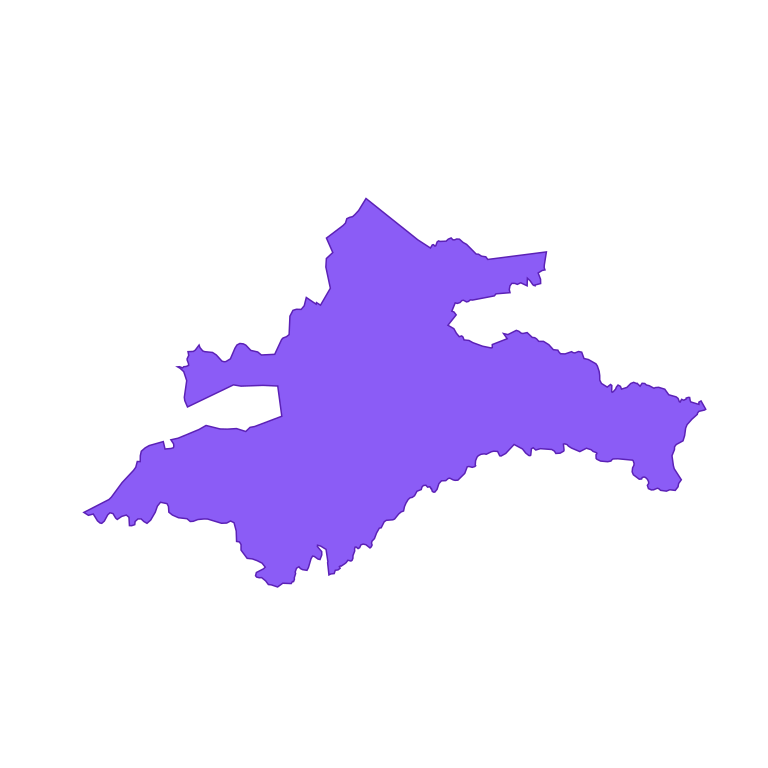 the district of Banderilla, Veracruz, Mexico, rotated 352°
{"feature_id": "50627088B79728757861785", "entity_name": "Banderilla", "entity_type": "district", "adm_level": 2, "iso_a3": "MEX", "parent_name": "Mexico", "parent_adm1": "Veracruz", "projection": "natural_earth1", "projection_center": [-96.939, 19.59], "detail": "fine", "context": "isolated", "style": "filled", "palette": "violet", "viewbox_px": 768, "rotation_deg": 352, "n_neighbors": 0, "source": "geoboundaries", "source_scale": "gbopen_adm2", "svg_char_len": 6158}
<svg xmlns="http://www.w3.org/2000/svg" viewBox="0 0 768 768"><g transform="rotate(352 384 384)"><path d="M699.1,453.8L695.6,444.9L693.3,445.8L693.0,448.0L692.3,447.7L685.4,444.5L684.9,443.2L684.8,439.9L683.6,439.6L681.3,440.0L681.1,440.9L678.6,441.8L676.6,440.6L674.7,443.1L674.0,442.6L673.2,439.2L671.5,437.4L664.5,434.3L661.3,428.2L655.5,425.5L652.1,425.3L650.8,425.8L646.3,422.5L643.7,421.5L642.3,419.8L639.7,419.2L637.3,421.8L634.7,418.5L634.2,418.7L631.5,417.1L628.5,417.8L624.0,421.2L618.5,422.1L617.8,419.2L615.6,417.6L613.6,419.5L612.7,421.2L610.0,423.5L608.8,423.9L608.4,423.2L609.4,417.2L608.3,416.0L604.6,418.1L599.4,413.7L598.2,410.2L598.8,405.6L598.8,401.3L597.8,395.9L596.7,393.5L589.8,388.2L585.6,386.6L584.2,380.0L581.2,378.9L577.3,379.8L575.5,379.2L574.3,378.1L567.5,379.4L563.0,378.6L561.4,376.2L560.9,374.7L556.5,373.6L552.7,368.0L547.9,364.0L543.2,363.3L541.4,360.6L539.7,359.1L537.3,358.5L532.9,353.0L528.7,353.3L527.1,352.9L524.8,350.5L522.5,349.3L513.6,352.3L509.4,350.7L512.3,356.3L496.7,360.0L496.3,363.0L495.1,363.2L486.9,360.3L477.7,355.4L474.2,352.7L469.4,351.5L468.7,348.4L467.6,347.2L465.1,347.6L462.7,343.7L460.9,339.0L455.5,334.7L465.1,325.6L463.3,322.4L461.3,321.3L465.8,313.6L467.8,314.4L470.6,313.9L472.7,312.2L474.3,312.1L477.2,314.2L479.1,314.0L481.2,312.7L483.3,313.2L505.5,312.1L507.5,310.3L521.5,311.1L521.2,307.9L522.4,304.3L524.6,302.1L527.6,302.6L529.9,303.9L533.5,302.8L539.4,306.7L540.7,299.2L543.0,302.0L545.2,306.4L546.2,307.3L547.3,307.7L547.3,307.0L553.1,306.3L553.6,302.0L552.1,295.5L556.4,293.6L559.3,293.4L558.8,291.1L559.3,288.5L563.2,275.8L504.1,275.1L502.5,272.2L498.4,271.0L495.6,268.6L493.4,268.2L485.2,257.2L482.0,254.8L478.9,251.1L476.1,250.5L474.0,251.1L472.3,250.8L470.8,248.7L467.8,249.5L465.4,251.2L459.4,250.6L457.9,249.9L456.4,250.7L454.5,254.3L453.6,254.5L452.4,252.9L451.2,253.0L448.9,255.8L437.5,245.9L392.0,197.8L383.0,208.7L378.6,212.3L376.2,213.9L373.1,214.2L370.2,215.1L368.2,219.3L365.6,221.3L347.3,231.5L351.6,246.7L344.4,251.7L342.7,260.1L344.2,281.7L332.1,297.1L328.5,294.0L327.9,295.5L319.1,287.5L315.9,295.4L312.4,298.6L307.6,297.8L304.1,298.4L300.3,303.7L296.9,321.9L294.0,323.6L290.4,324.4L288.8,325.7L279.9,339.4L266.6,338.2L263.4,334.7L256.8,332.2L252.6,326.3L250.3,324.7L246.9,323.8L243.8,324.9L241.4,327.8L235.4,337.7L230.5,339.8L228.8,339.7L226.7,338.8L222.0,331.9L218.6,328.9L210.9,327.0L209.1,326.0L206.8,322.3L206.3,319.7L201.8,324.2L199.7,325.2L194.4,324.7L194.6,328.5L192.5,331.7L192.4,332.9L193.2,336.4L193.1,338.4L190.5,339.1L188.1,339.0L186.8,340.0L183.9,338.4L182.0,338.3L184.1,339.9L187.4,343.9L189.1,353.2L184.4,369.4L184.4,372.8L186.2,379.4L234.8,363.9L242.1,366.2L264.0,368.5L278.5,371.2L278.3,401.7L250.0,408.1L245.3,408.3L240.5,411.8L231.7,407.6L222.6,406.9L215.4,405.7L202.0,400.3L194.5,403.3L172.6,409.0L165.2,409.6L167.3,414.0L167.2,416.4L166.6,417.8L164.3,418.2L158.1,417.9L157.4,410.3L142.9,412.3L138.6,414.0L134.3,416.8L132.7,421.1L131.8,426.9L128.9,426.4L126.6,431.9L123.9,434.7L110.9,445.2L98.3,458.1L95.6,460.1L68.9,469.4L73.0,472.9L78.0,472.3L81.2,479.6L83.4,482.1L85.1,482.7L88.0,480.8L92.2,475.1L94.7,473.4L97.6,474.6L99.6,479.4L101.0,481.0L105.9,478.6L110.6,477.9L112.9,480.5L112.2,488.8L114.4,489.2L117.6,488.6L118.4,485.5L121.6,483.4L124.7,483.8L127.1,486.8L129.9,489.0L134.0,486.3L139.6,479.2L142.6,473.4L146.2,470.0L152.5,472.3L153.5,475.3L153.1,481.0L156.2,484.3L161.8,487.8L170.2,490.0L173.0,493.2L176.0,493.4L180.8,492.3L187.1,492.6L190.6,493.2L203.7,499.3L208.9,499.8L213.0,498.3L216.2,500.5L217.2,509.0L216.1,519.4L218.9,520.3L220.1,523.1L219.3,528.6L224.2,537.6L229.3,538.9L233.8,541.3L238.3,544.4L240.9,548.8L239.1,550.2L231.4,552.9L230.1,556.0L231.0,557.5L233.5,558.5L235.9,558.7L239.4,562.5L241.6,566.5L244.4,567.2L250.4,570.2L256.0,567.2L264.3,568.7L265.9,566.9L266.9,567.1L268.1,565.0L268.2,563.4L270.1,559.4L269.9,557.8L271.7,554.3L274.3,553.1L275.5,555.1L277.5,556.5L281.8,557.8L283.6,555.3L287.4,546.9L289.3,544.5L290.9,545.0L294.3,548.2L296.2,548.9L298.6,544.6L299.0,541.3L295.4,535.7L295.7,534.4L298.6,535.6L303.6,539.7L303.7,552.3L303.3,553.0L302.9,565.4L304.9,564.7L308.3,564.8L309.8,561.7L312.6,561.7L314.9,560.4L314.4,558.6L315.5,558.1L316.2,558.4L320.0,556.6L321.7,555.6L323.7,553.5L326.6,554.7L327.8,554.2L328.9,552.4L329.4,549.6L331.8,545.2L331.9,543.2L332.7,541.5L333.8,541.6L335.4,543.4L337.1,542.7L338.7,540.1L341.0,539.6L343.7,540.6L347.3,544.4L348.7,543.5L349.8,541.8L349.5,539.8L350.2,538.0L353.0,535.8L355.9,530.5L359.3,526.1L361.2,526.0L365.0,520.5L367.3,519.3L373.9,519.7L375.7,519.2L380.5,514.7L383.3,513.0L385.7,512.5L387.2,508.3L389.2,505.0L391.9,501.7L394.1,500.3L396.2,500.2L398.7,498.9L401.7,494.8L406.2,493.7L407.2,491.4L408.9,490.0L411.4,490.1L412.8,492.2L415.1,492.1L416.0,494.3L416.4,494.2L416.9,497.1L418.1,498.0L419.3,498.1L421.9,495.7L424.5,490.3L427.4,487.9L431.7,488.3L434.5,486.5L436.0,486.4L439.2,488.6L441.0,489.3L443.8,489.5L451.5,483.8L454.9,477.6L456.6,477.5L459.8,478.8L462.4,478.4L463.4,477.7L463.1,476.9L464.0,472.7L466.0,469.3L467.5,468.1L470.3,467.1L473.5,467.1L475.5,467.8L481.0,466.0L483.4,465.8L487.1,466.6L488.6,471.2L489.9,471.6L494.9,469.7L504.4,462.0L512.1,467.6L514.7,472.1L517.4,474.9L518.6,475.3L519.4,474.9L521.0,468.6L522.9,467.9L525.1,470.5L529.8,469.8L541.0,472.2L543.4,474.2L544.5,476.7L548.8,477.0L552.6,475.5L553.1,474.5L553.3,468.5L554.6,468.4L556.9,469.5L557.9,471.1L560.7,473.5L568.5,478.2L575.5,475.8L580.1,478.0L581.6,479.8L585.0,481.7L585.1,482.6L584.1,483.6L583.7,487.2L584.4,488.2L587.8,490.5L594.7,492.1L598.0,491.9L599.0,490.8L600.5,490.1L605.2,490.6L619.5,494.0L620.0,494.5L620.6,497.5L620.1,499.4L618.5,501.6L617.5,505.5L618.3,508.6L623.5,513.8L625.9,513.9L626.7,512.5L628.0,512.3L629.3,512.5L630.6,513.7L631.7,515.3L632.4,517.7L632.2,519.4L630.7,521.0L631.3,524.4L634.0,526.1L636.3,526.3L640.1,525.3L641.4,525.8L643.1,527.8L648.8,529.4L652.3,528.5L657.6,529.9L660.9,526.7L661.9,523.6L665.1,520.2L659.6,508.3L659.2,505.2L659.2,495.1L662.5,489.4L663.0,486.6L665.0,484.6L672.2,481.9L674.5,477.0L676.6,469.6L678.5,466.4L683.9,461.8L690.0,457.7L690.5,456.3L692.1,454.9L697.8,454.4L699.1,453.8Z" fill="#8b5cf6" stroke="#5b21b6" stroke-width="1.5"/></g></svg>